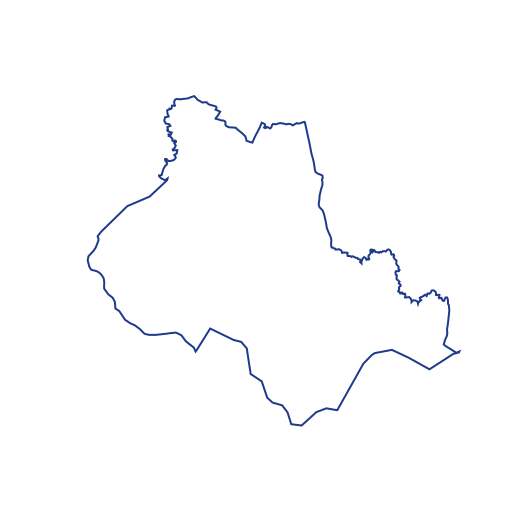 Kangaba, Koulikoro, Mali, rotated 155°
{"feature_id": "8926073B95674786747910", "entity_name": "Kangaba", "entity_type": "district", "adm_level": 2, "iso_a3": "MLI", "parent_name": "Mali", "parent_adm1": "Koulikoro", "projection": "mercator", "projection_center": [-8.71, 11.908], "detail": "fine", "context": "isolated", "style": "outline", "palette": "blue", "viewbox_px": 512, "rotation_deg": 155, "n_neighbors": 0, "source": "geoboundaries", "source_scale": "gbopen_adm2", "svg_char_len": 6091}
<svg xmlns="http://www.w3.org/2000/svg" viewBox="0 0 512 512"><g transform="rotate(155 256 256)"><path d="M396.0,333.0L397.7,331.4L400.7,329.5L404.9,327.8L408.0,326.5L410.1,323.6L410.4,323.2L411.3,318.1L411.6,316.3L411.2,313.2L406.7,309.5L405.1,307.1L404.8,306.4L403.9,304.0L403.5,300.1L404.6,296.4L407.3,291.0L407.3,290.2L407.3,289.9L406.1,283.8L403.5,278.6L403.3,274.1L405.6,267.8L403.2,263.9L401.6,253.5L398.4,248.2L395.2,244.5L392.3,239.2L389.9,232.6L386.4,229.8L380.0,226.8L369.3,223.2L365.6,222.1L360.9,220.4L360.7,220.1L359.1,218.2L357.1,215.6L355.8,209.3L355.6,208.9L355.6,208.4L353.7,204.5L351.0,199.2L351.1,196.6L351.1,194.9L348.7,196.3L328.2,209.6L311.8,189.4L305.7,184.4L303.4,176.2L310.7,151.3L303.8,140.0L305.7,122.8L303.0,116.2L295.4,109.6L293.5,101.0L295.1,88.6L286.3,83.1L267.3,89.0L256.6,88.2L247.5,81.9L204.1,113.1L192.9,117.3L189.3,117.8L172.5,113.5L160.8,99.5L146.7,80.0L118.5,83.9L112.9,82.8L112.1,83.5L114.5,83.5L115.5,83.9L122.5,94.8L123.2,96.5L121.8,98.1L120.2,100.0L117.9,101.9L116.5,103.3L115.2,105.3L113.8,108.9L110.4,114.0L105.8,121.6L103.8,125.0L102.0,130.0L102.2,131.4L101.2,133.7L100.5,135.7L100.4,135.9L100.4,137.7L101.8,138.3L102.7,137.6L103.0,137.3L103.6,136.9L104.3,136.0L105.0,135.9L105.7,136.8L105.8,138.4L105.7,139.1L105.6,139.7L105.9,139.8L106.6,140.0L107.7,140.2L108.0,141.0L106.8,142.3L106.2,143.2L107.1,143.8L108.8,144.2L109.4,144.7L108.7,146.0L108.4,147.5L108.9,148.9L109.4,149.5L110.0,150.1L111.4,150.4L112.3,149.7L112.8,149.2L113.0,149.0L114.0,148.8L115.1,148.5L115.8,149.3L116.4,149.5L117.2,149.0L117.8,148.0L118.3,147.6L118.8,148.7L119.2,149.4L120.3,149.2L121.0,149.1L122.5,148.8L124.0,149.1L125.3,148.8L125.3,147.3L124.9,146.2L125.6,145.9L126.2,146.4L126.9,146.0L127.1,145.9L127.7,145.4L128.5,145.2L129.3,144.3L128.9,146.3L129.9,147.9L131.9,149.4L133.1,149.1L134.5,148.5L133.9,149.9L133.8,151.7L134.5,154.0L136.5,154.7L138.2,155.2L138.5,155.5L137.8,156.4L137.2,157.3L136.9,158.8L138.3,159.1L139.0,159.6L138.7,160.9L139.7,161.4L140.5,161.0L141.1,161.0L141.0,162.0L141.1,162.6L142.0,163.3L141.9,164.2L141.0,164.6L140.2,165.4L140.0,166.7L139.2,167.5L137.7,167.7L137.2,168.6L137.7,170.0L138.2,170.8L137.6,171.6L136.8,172.0L137.4,173.8L138.3,175.2L138.3,176.2L137.5,177.3L136.8,178.3L136.5,179.0L137.2,180.0L136.8,181.1L136.6,182.2L135.6,183.1L134.3,182.5L134.2,182.4L132.9,181.9L131.8,182.7L132.4,183.8L132.0,184.8L131.9,184.9L131.3,186.0L131.9,188.0L132.2,189.8L131.0,191.6L130.6,192.7L131.5,194.0L131.7,195.6L131.8,197.0L130.7,197.7L130.4,198.7L130.8,199.6L132.0,199.6L132.7,200.1L132.5,201.5L132.0,202.5L132.0,203.6L132.4,205.1L133.0,205.7L133.1,205.8L133.4,206.1L134.8,206.0L136.0,205.2L136.7,205.4L137.5,206.1L139.4,206.8L140.8,206.3L141.4,207.1L142.6,207.4L143.2,206.9L143.9,207.8L144.8,208.4L146.0,209.0L146.1,210.1L146.4,211.5L146.9,211.6L147.7,210.9L148.2,210.5L148.6,210.3L148.4,211.6L147.9,212.5L149.1,213.3L150.0,212.9L150.7,210.3L152.3,209.4L154.0,208.6L154.5,207.7L154.5,206.6L154.6,205.6L154.6,205.4L155.3,205.2L155.7,206.1L156.6,205.9L157.5,205.8L157.4,207.0L157.5,207.6L157.6,207.9L158.4,209.3L159.3,209.0L160.9,208.3L161.5,207.5L161.7,207.2L162.6,206.7L162.9,206.2L163.5,204.8L164.2,206.6L163.0,207.9L163.2,208.8L164.8,210.1L164.8,211.2L166.3,212.2L167.7,214.0L168.6,214.9L170.0,214.9L170.3,215.8L171.4,216.5L172.9,217.3L172.4,219.2L171.7,220.2L172.9,221.0L175.1,222.1L176.6,222.4L176.3,223.9L176.7,225.6L178.0,227.1L179.8,227.7L181.2,228.2L181.2,229.3L182.5,230.3L182.8,231.2L183.9,231.8L183.7,233.0L182.7,235.5L181.1,238.3L180.4,240.8L180.2,243.5L180.3,245.3L180.0,251.4L179.9,251.5L178.0,258.8L176.6,265.4L176.4,269.0L177.0,271.1L177.7,272.9L177.8,274.3L177.5,276.0L176.3,278.0L174.8,280.2L173.0,283.6L169.2,288.5L168.7,289.1L166.0,292.0L164.7,294.3L164.3,296.1L163.7,297.7L162.7,298.2L161.8,300.8L162.7,302.0L165.1,304.5L166.1,306.2L166.5,307.0L166.2,309.2L165.5,311.5L165.2,312.5L164.1,316.3L163.4,319.6L162.5,325.2L159.8,335.9L156.2,352.0L155.2,356.4L155.4,357.1L157.7,357.5L160.2,357.7L161.6,358.0L162.8,359.2L164.6,359.1L166.9,358.9L167.5,358.8L168.5,360.5L169.6,361.5L171.7,362.3L172.9,362.5L174.9,364.2L177.9,366.3L180.2,366.7L182.4,367.0L184.2,368.1L184.8,368.5L186.1,367.9L187.2,366.7L188.0,366.0L189.2,365.6L190.0,366.4L190.8,367.7L191.7,368.4L192.7,367.9L193.6,367.9L194.4,369.0L192.6,370.4L192.2,371.4L192.2,371.5L192.9,372.6L193.7,373.6L194.5,374.4L198.6,370.6L205.7,365.2L207.8,363.5L211.4,360.3L213.2,361.8L214.8,363.4L215.9,364.5L215.4,366.7L215.1,368.9L216.6,372.9L217.3,374.4L219.4,378.6L220.1,380.7L223.3,382.6L225.7,383.8L226.9,385.0L228.0,386.4L228.3,387.7L227.8,388.9L227.1,390.2L227.3,391.5L228.6,392.8L230.4,393.7L231.9,395.3L233.7,396.7L234.6,397.5L234.2,398.0L233.3,398.4L231.0,399.5L227.5,401.9L228.9,403.7L230.2,405.0L230.8,405.7L229.7,406.4L229.0,407.3L229.2,408.5L231.1,410.2L232.9,411.8L234.9,413.5L235.7,416.1L238.2,417.3L239.6,417.6L241.1,419.8L242.9,422.1L243.5,424.4L244.0,425.8L244.6,427.1L248.1,427.5L250.9,427.6L253.3,428.3L255.1,429.0L257.2,429.6L257.6,429.7L258.9,430.3L259.3,430.5L259.6,430.7L260.1,431.0L260.7,431.5L260.8,431.5L262.3,432.0L263.1,431.8L263.8,431.5L264.2,431.1L265.0,430.4L265.9,427.8L265.8,426.6L266.3,426.4L267.2,427.2L268.6,427.8L269.4,426.9L269.7,425.9L270.6,425.3L271.6,425.2L272.2,426.1L272.5,425.9L273.1,425.7L273.4,425.5L273.5,425.5L274.5,425.7L275.0,425.3L275.2,425.1L276.1,422.1L276.1,420.2L276.3,419.3L279.7,420.2L281.9,417.5L281.8,414.2L278.9,412.1L278.6,410.1L281.8,410.3L282.4,407.7L283.3,407.5L283.2,406.4L280.2,403.4L282.0,402.0L283.8,403.2L284.5,401.7L283.2,400.5L282.2,397.5L283.1,396.0L282.5,395.2L280.5,394.9L280.0,394.0L280.4,393.1L282.4,393.0L282.1,389.9L284.6,388.0L286.4,387.8L286.6,386.8L282.6,385.2L284.6,382.4L287.4,382.1L287.0,379.4L287.4,378.9L287.7,378.5L290.2,377.7L291.1,377.9L293.9,378.4L295.3,379.1L296.2,381.9L297.5,382.2L297.9,381.0L297.3,378.0L298.3,376.5L300.4,376.0L303.0,374.1L307.4,369.2L309.8,370.0L310.1,369.5L309.6,367.7L309.0,366.3L306.3,363.0L305.0,363.4L303.4,363.7L304.5,362.3L327.3,354.8L351.5,355.6L386.0,343.5L391.2,340.8L391.4,338.5L392.2,336.7L396.0,333.0Z" fill="none" stroke="#1e3a8a" stroke-width="2"/></g></svg>